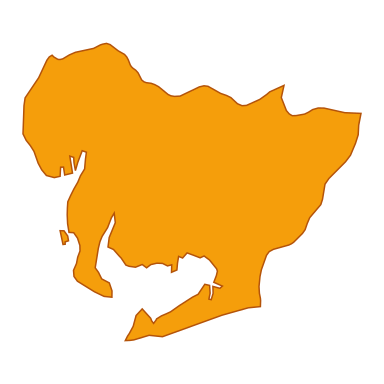 Aichi, Natural Earth projection
{"feature_id": "JPN-1840", "entity_name": "Aichi", "entity_type": "Prefecture", "adm_level": 1, "iso_a3": "JPN", "parent_name": "Japan", "parent_adm1": "", "projection": "natural_earth1", "projection_center": [137.132, 34.981], "detail": "fine", "context": "isolated", "style": "filled", "palette": "amber", "viewbox_px": 384, "rotation_deg": 0, "n_neighbors": 0, "source": "natural_earth", "source_scale": "10m", "svg_char_len": 2588}
<svg xmlns="http://www.w3.org/2000/svg" viewBox="0 0 384 384"><path d="M260.4,306.6L248.3,307.8L222.0,315.2L162.5,336.7L149.1,335.3L133.8,339.9L129.9,340.4L125.3,340.6L127.5,336.2L129.3,333.5L133.2,326.3L136.1,315.5L142.2,308.9L150.7,318.3L151.7,320.9L153.6,323.4L155.9,320.3L156.6,318.9L161.4,315.9L166.3,313.8L170.6,311.8L179.5,305.5L192.6,297.1L198.1,294.3L204.8,284.3L209.6,285.4L210.1,293.3L208.9,299.1L211.2,299.7L213.1,293.4L212.9,286.4L219.9,288.3L222.4,286.1L213.8,282.3L216.4,275.5L217.4,271.2L216.6,268.8L209.5,260.0L204.1,256.0L200.1,257.8L193.9,255.4L187.1,252.9L182.6,258.0L178.6,256.4L177.5,263.1L176.9,270.0L171.5,272.3L171.7,264.8L167.5,265.9L162.5,263.4L156.8,263.2L150.8,264.6L146.6,267.8L142.2,264.5L135.5,267.2L129.1,266.3L125.9,265.1L121.2,258.1L119.2,256.0L113.5,249.5L108.0,247.0L109.2,237.5L115.3,222.7L114.2,213.1L111.4,217.8L107.6,227.6L102.1,236.4L99.9,241.8L98.3,248.5L95.2,267.8L98.5,272.4L101.7,278.9L109.3,282.9L112.0,290.9L111.9,297.2L104.1,296.4L94.5,291.8L84.0,285.3L77.4,281.2L74.0,276.5L73.5,270.4L76.5,263.5L77.7,257.2L80.0,251.0L79.9,245.5L77.5,238.1L73.7,232.7L69.0,232.4L67.6,223.7L67.2,214.8L67.4,207.9L67.8,201.8L70.7,195.4L73.9,189.0L77.8,182.2L80.5,175.7L84.6,169.0L85.5,158.9L86.4,152.2L82.2,150.7L77.8,162.3L75.4,170.6L74.0,162.7L73.7,157.4L69.8,156.1L72.5,173.1L64.7,175.0L63.5,167.1L60.6,167.2L60.1,176.3L54.3,177.6L46.4,175.5L41.7,169.8L38.2,163.3L34.0,151.4L30.4,145.7L26.2,140.4L23.0,133.9L24.0,105.6L25.1,97.9L38.7,77.7L46.9,60.2L49.3,56.9L52.1,55.2L53.9,57.0L57.9,59.4L60.1,59.5L62.7,58.9L69.4,54.9L75.4,52.3L93.6,48.4L100.4,44.9L102.5,44.2L106.5,43.4L110.1,44.6L118.3,50.9L124.5,54.4L126.7,56.9L128.4,60.1L130.2,64.8L131.3,66.6L132.8,68.1L135.7,70.2L138.1,72.9L141.7,80.0L144.1,81.9L146.4,82.7L151.1,83.3L154.7,84.6L158.6,86.7L168.1,94.5L170.9,95.8L174.4,96.4L180.1,96.1L199.3,86.9L204.0,85.8L208.0,86.3L220.6,93.4L226.6,95.5L230.9,97.6L237.4,103.7L242.0,105.7L246.5,105.4L259.8,99.4L266.8,94.4L269.8,91.8L284.0,85.4L281.3,97.6L286.4,110.6L289.2,113.9L292.2,115.7L296.1,115.6L304.6,114.1L308.5,112.2L312.6,109.6L318.2,108.0L324.1,108.1L344.8,112.7L361.0,113.4L358.7,125.2L358.2,134.8L355.5,143.3L350.5,155.2L345.5,161.8L328.9,178.5L325.0,184.2L322.5,199.3L320.8,204.6L309.7,217.7L307.3,223.3L305.1,229.7L302.5,233.4L293.6,242.3L291.4,243.8L288.9,245.0L273.5,249.3L269.2,251.6L266.5,255.3L261.4,269.7L260.0,276.5L259.0,286.5L259.4,293.3L260.4,298.3L260.6,300.7L260.4,306.6L260.4,306.6ZM60.1,230.7L64.0,230.8L67.7,236.0L68.5,240.8L65.1,241.9L65.2,244.2L63.0,244.5L60.1,230.7Z" fill="#f59e0b" stroke="#b45309" stroke-width="1.5"/></svg>